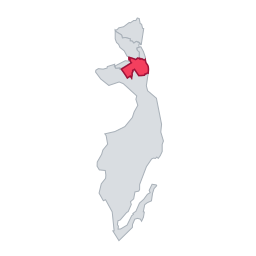 Guatemala highlighted among its neighbors, rotated 236°
{"feature_id": "GTM", "entity_name": "Guatemala", "entity_type": "country or territory", "adm_level": 0, "iso_a3": "GTM", "parent_name": "North America", "parent_adm1": "", "projection": "orthographic", "projection_center": [-90.227, 15.776], "detail": "fine", "context": "with_neighbors", "style": "filled", "palette": "rose", "viewbox_px": 256, "rotation_deg": 236, "n_neighbors": 5, "source": "natural_earth", "source_scale": "50m", "svg_char_len": 3926}
<svg xmlns="http://www.w3.org/2000/svg" viewBox="0 0 256 256"><g transform="rotate(236 128 128)"><path d="M39.7,57.5L51.2,57.9L50.5,59.0L67.3,68.0L81.1,69.3L81.5,66.9L90.2,67.6L96.7,74.7L98.8,81.3L101.3,83.3L105.5,85.4L109.3,80.8L113.6,81.0L117.0,83.5L120.9,91.4L123.8,94.9L126.0,102.1L133.9,105.6L136.1,105.5L132.4,115.1L130.9,126.2L134.3,137.5L137.9,142.1L141.3,148.8L147.4,150.6L149.7,153.2L167.4,148.9L171.1,146.4L174.0,135.9L183.9,132.8L192.5,132.4L193.9,133.7L193.8,136.6L190.7,140.3L189.4,144.1L190.5,145.2L188.3,152.6L186.8,151.1L184.4,151.3L182.4,155.0L181.3,154.3L180.7,155.5L169.8,155.4L169.7,158.9L167.1,158.9L173.0,164.1L172.9,166.2L165.3,166.2L162.4,171.2L163.2,172.3L162.4,175.6L152.7,166.8L147.9,165.1L136.8,168.2L112.3,157.9L106.3,152.9L97.4,150.1L95.2,147.1L89.4,143.2L87.0,139.2L85.9,136.1L87.8,135.6L87.4,133.8L88.8,132.3L89.1,130.2L85.7,121.7L74.7,106.1L70.5,103.2L69.7,101.6L71.1,98.0L66.1,93.1L65.5,88.8L62.8,88.0L58.6,81.4L58.7,79.6L56.1,70.1L56.7,67.8L53.7,65.1L52.0,65.2L49.7,63.2L48.4,65.5L48.0,72.9L53.2,82.0L53.4,84.2L54.4,84.2L54.6,88.1L59.3,95.5L60.1,101.2L62.2,107.0L62.0,110.2L64.5,110.7L67.9,116.5L65.0,119.6L64.1,119.5L63.2,115.7L60.2,111.9L54.5,106.7L55.3,102.3L55.1,99.0L50.0,93.8L49.2,94.5L45.4,90.9L43.1,87.1L45.5,87.3L47.8,85.3L48.6,82.6L45.6,77.9L43.1,76.0L39.7,57.5Z" fill="#d9dde1" stroke="#a8b0b8" stroke-width="1"/><path d="M214.0,197.2L212.5,198.5L207.8,196.5L206.4,197.3L202.5,195.8L201.6,196.6L189.7,185.6L190.3,184.6L191.3,185.5L193.6,184.8L195.2,183.3L195.1,180.3L197.7,180.1L199.0,178.5L200.7,179.7L204.5,176.4L205.8,173.7L208.7,174.7L214.3,172.1L216.3,172.1L215.6,174.1L216.2,176.3L214.4,181.0L214.8,188.0L213.9,188.7L213.9,192.9L212.7,194.5L214.0,197.2Z" fill="#d9dde1" stroke="#a8b0b8" stroke-width="1"/><path d="M216.3,172.1L214.3,172.1L208.7,174.7L205.8,173.7L204.5,176.4L200.7,179.7L199.0,178.5L197.7,180.1L195.1,180.3L195.2,183.3L191.8,185.1L190.7,183.2L188.9,182.7L189.3,180.2L188.5,179.5L184.6,179.9L179.5,176.3L180.7,174.8L180.7,172.4L188.1,167.4L194.0,168.0L199.3,166.4L202.6,167.0L205.3,166.3L209.0,167.2L216.3,172.1Z" fill="#d9dde1" stroke="#a8b0b8" stroke-width="1"/><path d="M179.5,176.3L184.6,179.9L187.2,179.1L189.3,180.2L188.2,184.1L182.6,183.5L176.8,181.9L175.1,180.6L178.4,177.4L178.1,176.7L179.5,176.3Z" fill="#d9dde1" stroke="#a8b0b8" stroke-width="1"/><path d="M180.2,167.3L181.3,154.3L182.4,155.0L184.4,151.3L186.7,152.1L185.3,163.3L182.0,167.3L180.2,167.3Z" fill="#d9dde1" stroke="#a8b0b8" stroke-width="1"/><path d="M162.3,175.5L162.5,175.4L162.6,175.0L162.8,174.6L162.7,174.2L162.6,173.9L162.8,173.4L162.8,173.0L162.9,172.7L163.2,172.6L163.3,172.3L162.6,171.3L162.6,171.0L162.7,170.8L163.3,169.7L164.0,168.4L164.9,167.0L165.4,166.2L167.2,166.2L168.3,166.2L169.8,166.2L171.5,166.2L172.6,166.2L173.0,166.2L172.9,165.6L173.0,165.0L173.2,164.5L173.2,164.2L172.9,163.9L172.2,163.8L171.9,163.5L171.9,163.2L171.7,162.7L171.4,162.3L170.8,161.8L169.9,161.3L169.1,160.6L168.4,159.8L167.9,159.2L167.4,159.0L167.3,158.9L168.6,158.9L169.8,158.9L169.8,157.7L169.8,156.6L169.8,155.4L172.0,155.5L174.6,155.5L177.2,155.5L179.3,155.4L180.5,155.4L180.5,156.9L180.4,158.7L180.4,159.9L180.3,161.6L180.3,163.4L180.2,165.7L180.2,167.3L180.9,167.2L181.9,167.3L182.2,167.3L182.5,167.4L182.8,167.5L183.3,167.8L183.9,168.1L184.3,167.5L184.1,167.2L183.9,167.0L184.0,166.9L186.1,168.2L185.9,168.5L185.3,169.0L184.4,169.8L183.5,170.5L182.6,171.2L181.8,171.8L181.7,171.9L180.7,172.3L180.6,172.5L180.4,173.4L180.3,173.6L180.5,174.1L180.6,174.8L180.6,175.2L179.9,175.7L179.6,176.1L179.5,176.4L179.3,176.3L179.1,176.3L178.6,176.4L178.4,176.4L178.2,176.5L178.2,176.8L178.3,177.2L178.4,177.5L178.2,177.6L177.6,177.8L177.4,178.1L177.2,178.5L176.9,178.6L176.6,178.6L176.4,178.7L176.0,179.0L175.4,179.5L175.0,180.0L175.0,180.3L175.1,180.6L172.8,179.6L172.0,179.4L168.8,179.4L167.4,179.0L165.9,178.2L164.8,177.5L162.3,175.5Z" fill="#f43f5e" stroke="#9f1239" stroke-width="1.5"/></g></svg>